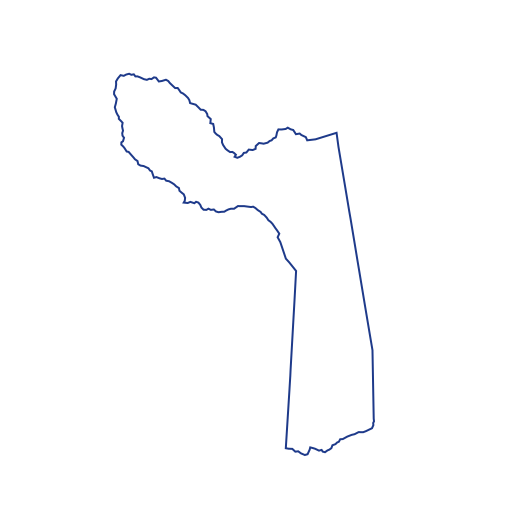 Tupanatinga, Pernambuco, Brazil (Robinson projection), rotated 167°
{"feature_id": "56859067B27926244892449", "entity_name": "Tupanatinga", "entity_type": "district", "adm_level": 2, "iso_a3": "BRA", "parent_name": "Brazil", "parent_adm1": "Pernambuco", "projection": "robinson", "projection_center": [-37.223, -8.674], "detail": "fine", "context": "isolated", "style": "outline", "palette": "blue", "viewbox_px": 512, "rotation_deg": 167, "n_neighbors": 0, "source": "geoboundaries", "source_scale": "gbopen_adm2", "svg_char_len": 3033}
<svg xmlns="http://www.w3.org/2000/svg" viewBox="0 0 512 512"><g transform="rotate(167 256 256)"><path d="M270.2,62.0L267.6,60.9L264.0,59.9L261.7,56.5L258.8,56.2L256.6,53.6L253.2,51.1L250.3,51.3L247.3,55.2L246.2,57.3L243.5,55.9L241.8,54.9L238.4,52.2L235.7,52.3L235.0,50.4L232.9,49.3L230.1,50.5L228.2,50.8L225.8,51.8L224.1,54.4L220.9,54.8L219.0,56.0L217.0,56.4L215.2,58.5L212.6,58.1L207.7,59.5L203.0,60.2L200.0,60.2L195.7,61.3L191.2,60.2L188.3,60.6L181.7,62.1L179.7,64.8L179.4,66.9L178.2,68.4L177.9,71.0L163.7,138.0L162.8,153.1L161.0,182.8L158.7,219.7L158.5,223.1L158.1,229.6L157.1,245.2L155.5,270.9L155.1,278.4L153.6,302.6L151.1,343.8L149.8,357.9L171.8,356.3L180.1,357.2L180.7,360.6L184.6,363.7L185.9,365.5L189.7,365.7L190.5,368.0L191.4,370.4L193.8,371.7L196.2,373.9L198.5,373.1L200.4,373.3L202.5,373.5L205.7,374.3L207.7,371.8L209.0,368.9L210.1,367.1L212.7,366.7L214.8,365.2L216.8,365.0L219.2,363.8L223.3,363.7L225.2,364.5L227.6,365.4L231.5,363.2L232.3,360.5L235.4,360.0L239.1,361.3L242.1,359.0L244.7,359.2L246.8,357.2L249.3,356.3L252.1,355.9L254.5,357.5L252.8,359.2L254.2,361.3L255.6,362.7L257.9,363.1L260.1,365.5L261.5,367.3L263.1,371.6L263.6,374.4L262.8,377.5L264.8,381.1L266.6,382.8L267.8,384.5L268.7,386.3L268.1,390.6L268.0,394.3L270.6,395.7L269.3,399.6L271.8,403.2L271.6,405.3L272.6,408.4L274.4,410.2L277.0,411.0L278.6,413.7L280.7,417.0L285.8,419.8L285.9,422.9L286.7,425.3L288.8,428.6L290.6,430.8L292.5,432.3L293.4,434.7L294.5,437.3L297.0,437.8L298.6,440.2L301.1,444.0L302.1,446.2L304.1,448.0L308.3,447.7L311.4,447.9L313.3,452.2L315.2,453.0L318.0,451.9L320.1,452.7L322.7,452.2L325.4,453.5L328.7,456.1L331.1,457.7L333.1,458.1L334.2,460.5L336.7,460.6L338.6,462.1L341.7,462.0L344.3,461.3L347.3,462.7L350.7,460.1L353.1,457.6L353.7,454.5L355.1,450.8L357.2,448.2L357.9,445.6L356.3,440.5L358.3,436.0L360.1,432.7L359.8,427.5L359.2,424.9L358.3,422.5L358.8,420.5L357.0,417.6L356.0,415.8L357.3,412.7L357.4,410.5L357.4,408.0L358.7,405.8L359.0,403.3L358.0,400.9L359.8,397.7L361.6,397.0L362.2,394.8L360.7,392.5L359.8,390.6L358.5,386.9L356.7,386.1L354.9,382.7L353.1,379.4L352.2,377.5L350.1,375.2L350.1,371.9L348.2,370.1L345.2,368.9L343.3,367.4L341.1,365.7L340.0,363.1L338.5,361.9L338.2,358.7L337.8,355.2L335.3,355.3L332.5,353.4L330.3,352.2L327.8,352.0L326.6,349.6L323.9,348.4L321.4,346.1L319.6,344.2L318.1,341.8L315.8,339.5L315.9,336.8L314.4,334.7L312.5,332.3L312.0,328.6L313.0,325.8L314.4,324.3L310.6,323.0L307.8,323.5L304.2,321.3L302.2,322.3L300.1,321.0L298.8,318.3L298.3,315.5L296.7,312.9L294.0,312.1L291.7,312.8L289.6,311.1L286.6,310.8L285.0,308.4L282.7,307.1L279.6,306.8L276.9,306.3L274.9,307.0L272.3,307.6L269.9,307.7L266.7,307.0L262.4,308.7L256.2,307.2L249.8,304.8L247.7,304.7L245.8,302.9L244.0,300.4L241.6,297.9L240.8,295.9L238.8,294.2L236.9,290.9L235.9,288.1L234.1,286.0L232.7,283.6L230.8,278.7L229.7,276.2L228.3,272.5L230.7,269.4L229.2,264.1L228.9,261.1L227.8,249.8L227.5,246.7L225.1,242.4L220.3,232.4L228.9,202.6L235.4,180.3L247.8,137.7L249.6,131.3L253.8,117.1L270.2,62.0Z" fill="none" stroke="#1e3a8a" stroke-width="2"/></g></svg>